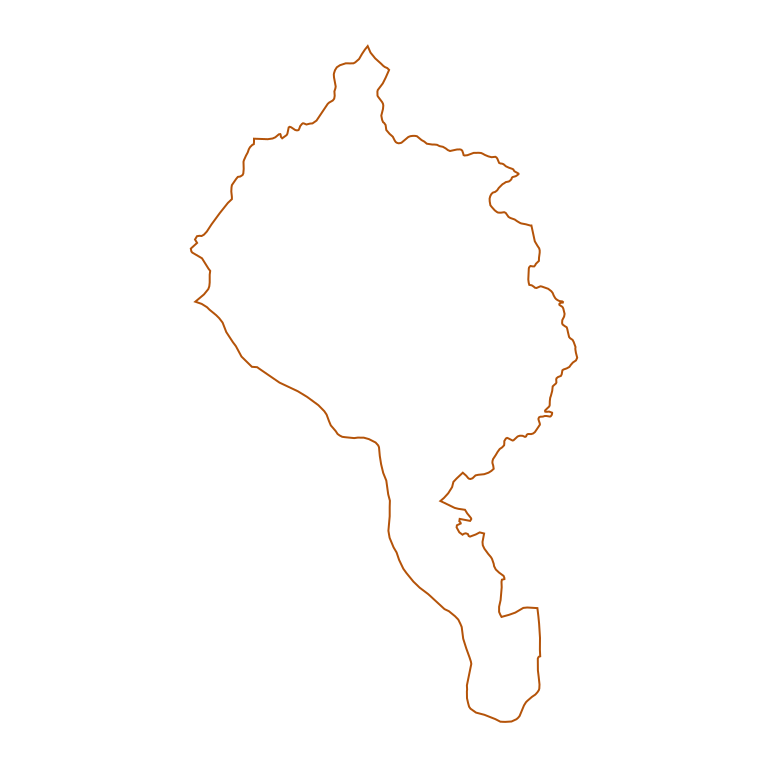 Thanh Ba, Phú Thọ, Vietnam (Mercator projection)
{"feature_id": "81297802B68203584934419", "entity_name": "Thanh Ba", "entity_type": "district", "adm_level": 2, "iso_a3": "VNM", "parent_name": "Vietnam", "parent_adm1": "Phú Thọ", "projection": "mercator", "projection_center": [105.178, 21.45], "detail": "fine", "context": "isolated", "style": "outline", "palette": "amber", "viewbox_px": 768, "rotation_deg": 0, "n_neighbors": 0, "source": "geoboundaries", "source_scale": "gbopen_adm2", "svg_char_len": 6095}
<svg xmlns="http://www.w3.org/2000/svg" viewBox="0 0 768 768"><path d="M505.1,721.9L511.5,721.5L516.5,719.2L518.2,717.7L519.6,716.0L524.0,705.4L526.0,702.2L527.5,700.7L531.9,696.9L535.3,694.6L537.4,692.3L538.8,690.2L539.3,688.6L539.5,684.5L538.7,677.0L537.9,670.4L537.8,658.7L538.3,657.4L538.9,656.7L540.2,656.3L539.9,649.7L540.0,637.9L539.1,623.7L538.4,616.5L537.4,608.1L527.3,607.5L523.3,607.9L515.3,612.6L508.8,614.9L501.5,616.9L500.2,614.5L499.1,611.9L499.1,606.8L500.6,600.1L501.7,587.3L501.5,581.8L501.9,579.7L504.4,579.1L504.4,578.0L503.6,575.9L499.2,572.7L495.8,569.5L494.1,566.2L493.7,563.8L492.0,558.9L491.0,557.2L488.2,553.9L484.4,548.7L482.8,545.3L482.5,542.0L484.1,533.5L479.7,532.4L475.7,534.5L470.0,536.6L468.7,536.0L467.9,534.1L465.8,533.3L464.1,533.7L462.5,534.7L459.3,532.3L456.6,527.4L456.9,525.3L460.7,523.5L460.5,522.5L459.3,521.3L459.7,518.9L470.1,520.9L471.2,519.3L471.2,518.5L470.7,517.7L467.2,513.4L465.0,509.8L458.3,508.8L454.7,507.9L440.4,501.0L443.9,498.0L448.2,493.3L452.1,487.1L453.4,481.9L456.6,478.5L462.8,472.7L466.2,475.7L468.2,478.1L469.0,478.7L470.4,479.0L472.5,478.3L475.5,475.4L478.2,474.8L484.2,474.2L488.5,472.7L491.4,470.9L493.7,468.8L493.2,465.6L492.4,462.9L492.5,461.0L493.1,459.0L495.7,455.1L497.6,451.9L499.7,449.0L502.1,447.4L504.1,445.3L504.3,443.4L504.3,441.1L505.9,438.5L507.1,437.9L508.4,438.4L512.5,440.5L513.5,440.3L517.6,436.5L518.6,436.1L520.0,435.7L522.6,435.8L525.0,436.9L526.1,436.4L526.7,434.9L527.5,434.2L528.6,434.0L531.1,434.1L533.1,433.5L534.9,432.1L539.9,424.7L539.8,423.5L538.5,419.6L538.5,418.5L539.1,417.3L540.4,416.7L542.9,416.6L544.7,416.0L546.5,416.0L550.0,416.6L550.7,416.3L551.7,415.0L552.1,413.7L552.1,412.7L549.1,411.6L546.8,411.8L545.3,411.7L545.0,410.9L545.4,410.1L549.2,406.5L549.7,405.2L549.8,401.2L550.2,397.8L550.9,395.8L552.2,390.9L552.7,386.4L553.6,385.5L555.9,383.5L556.4,382.5L556.2,379.4L556.5,378.3L557.9,377.1L560.9,375.9L561.7,374.3L562.4,370.3L563.5,369.5L566.7,368.4L569.4,366.9L570.8,364.9L572.9,362.5L576.0,360.4L577.2,357.7L575.9,352.7L575.3,348.9L575.5,347.0L573.7,342.0L572.6,339.9L570.1,338.2L569.1,337.0L568.0,332.4L567.4,329.6L567.0,328.1L566.6,327.2L564.9,326.2L562.6,324.5L562.1,323.1L562.3,320.1L564.1,316.6L564.6,313.9L563.3,308.6L562.8,307.5L562.3,306.8L559.5,305.0L559.3,304.3L559.4,303.8L560.0,303.2L561.0,302.7L562.8,302.6L563.0,302.0L562.3,301.4L559.6,301.1L557.5,300.1L555.9,298.9L555.0,297.8L553.7,295.5L552.7,293.0L551.3,291.2L548.2,288.8L541.7,286.5L540.4,286.3L536.5,288.0L534.9,287.7L533.8,286.7L531.7,285.3L529.3,284.9L528.7,282.7L528.3,279.5L528.8,268.6L529.1,267.4L530.4,266.0L532.8,266.4L534.2,266.4L535.2,265.2L535.9,263.8L538.9,260.9L539.0,257.8L539.7,252.6L539.7,250.4L539.2,248.4L537.4,245.7L534.8,241.3L531.4,225.5L530.6,225.6L525.9,224.3L521.1,223.4L519.8,222.8L517.1,221.2L514.7,219.5L510.4,218.0L508.5,216.9L505.7,212.9L504.2,212.2L500.9,212.7L498.1,212.6L496.9,212.0L494.7,210.3L492.0,207.3L490.4,205.3L489.7,201.4L489.6,198.6L490.2,196.3L491.1,194.5L491.9,193.5L492.9,192.6L495.2,191.9L497.2,190.3L498.8,187.9L502.5,184.2L504.1,183.3L505.8,182.1L508.8,181.5L510.2,180.5L510.9,179.8L511.5,179.0L511.8,177.9L512.5,177.1L515.7,176.2L516.7,175.6L518.5,174.2L518.6,173.9L518.4,173.5L514.8,171.5L514.1,170.9L513.3,169.4L512.1,168.8L508.9,167.7L505.9,166.3L503.5,164.2L501.9,163.6L500.5,163.5L499.1,162.9L497.3,158.6L496.5,157.5L495.4,156.8L491.6,157.2L488.4,156.4L484.8,154.9L482.7,153.7L481.1,153.0L478.8,152.8L473.6,152.9L467.4,155.2L464.5,155.5L463.6,155.1L463.2,153.4L462.2,150.6L461.1,149.7L459.9,149.4L456.9,149.5L450.0,151.0L447.9,150.1L445.7,148.4L442.9,146.8L439.5,146.1L437.0,144.8L434.0,144.5L432.0,144.5L426.8,143.7L424.3,141.6L421.6,140.1L416.9,136.2L415.1,135.9L412.6,135.9L410.3,136.2L408.3,137.0L401.5,142.7L400.5,143.0L398.7,143.3L397.1,142.9L395.8,142.1L394.8,140.7L392.8,136.7L389.6,133.9L386.3,130.0L385.6,125.0L384.1,122.9L383.1,122.2L382.1,119.8L381.3,115.6L383.0,108.9L383.3,105.6L383.0,103.8L382.2,102.2L378.0,96.6L377.5,95.7L377.4,91.5L377.8,90.0L382.8,83.4L385.7,77.6L389.1,69.9L387.3,68.1L384.8,67.0L383.2,65.8L381.1,63.7L375.2,58.4L370.5,52.6L367.7,46.1L364.9,49.6L361.9,54.1L359.1,59.0L355.2,62.4L353.5,63.3L350.1,63.4L345.8,63.3L340.0,65.2L336.8,67.3L335.0,70.2L334.0,73.3L333.8,74.6L334.0,77.3L335.7,86.5L335.4,88.3L334.4,91.4L334.7,95.8L334.2,98.7L332.8,100.5L329.1,102.6L327.7,103.9L316.5,120.6L312.5,123.4L310.0,123.6L306.4,124.5L303.8,123.4L302.9,123.3L302.0,123.9L300.2,126.1L299.3,128.6L298.5,130.1L297.0,130.4L295.2,130.0L291.2,127.3L289.7,126.8L288.7,127.4L287.4,133.7L286.6,135.1L282.2,138.3L280.9,136.8L280.7,135.0L280.3,134.1L278.9,134.3L275.3,137.3L272.6,138.5L267.7,139.2L254.0,138.7L254.0,142.1L253.8,144.2L252.3,144.9L250.0,147.2L248.8,149.3L247.7,152.5L246.0,155.6L243.9,160.3L243.5,161.8L243.7,168.9L243.3,173.5L242.6,175.0L240.3,176.5L237.8,176.9L236.1,179.0L231.9,185.1L231.5,187.5L231.3,191.5L231.9,197.0L231.9,199.1L227.9,202.9L219.7,213.2L211.5,224.4L206.8,231.6L203.9,234.7L201.6,236.0L199.4,235.8L197.0,236.2L195.0,239.5L197.1,242.9L190.8,248.6L191.4,251.5L192.3,252.6L202.0,258.3L208.5,268.7L210.2,270.9L209.7,274.7L209.7,282.5L209.3,286.3L208.3,289.1L204.0,294.4L195.3,301.7L201.7,303.9L207.0,307.2L209.5,309.7L216.2,315.2L219.2,318.2L222.6,322.6L226.3,332.1L232.9,342.2L235.9,346.2L241.5,356.6L251.9,366.8L257.2,367.2L259.1,368.6L279.5,382.6L297.9,391.3L307.1,396.9L318.4,405.2L324.3,411.2L326.6,414.6L329.0,421.1L330.8,425.4L335.7,431.1L337.6,434.0L339.7,435.5L342.2,436.8L345.1,437.2L354.2,438.1L357.8,437.6L363.9,437.7L368.9,439.1L375.6,442.5L378.2,445.4L379.0,447.3L379.8,456.0L381.1,464.2L383.2,472.9L386.3,480.6L388.2,494.3L389.9,500.7L389.7,507.0L389.7,516.2L388.4,530.8L389.6,537.8L393.6,547.4L396.6,552.5L399.1,559.9L403.3,568.7L406.4,573.0L413.4,581.6L419.7,587.7L428.3,594.2L444.5,609.1L448.9,611.2L455.0,616.2L458.3,619.6L460.4,623.9L461.7,627.0L463.2,638.7L466.3,648.5L469.5,657.3L470.9,661.6L471.3,663.9L466.9,685.4L467.1,689.6L466.9,691.4L467.0,698.2L468.1,703.1L469.1,706.7L470.5,708.7L476.0,712.6L484.4,714.8L495.3,719.1L500.4,721.7L505.1,721.9Z" fill="none" stroke="#b45309" stroke-width="2"/></svg>